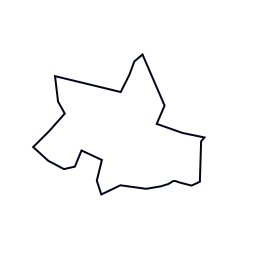 the Municipality of Sejas, rotated 120°
{"feature_id": "LVA-5777", "entity_name": "Sejas", "entity_type": "Municipality", "adm_level": 1, "iso_a3": "LVA", "parent_name": "Latvia", "parent_adm1": "", "projection": "orthographic", "projection_center": [24.56, 57.211], "detail": "fine", "context": "isolated", "style": "outline", "palette": "ink", "viewbox_px": 256, "rotation_deg": 120, "n_neighbors": 0, "source": "natural_earth", "source_scale": "10m", "svg_char_len": 521}
<svg xmlns="http://www.w3.org/2000/svg" viewBox="0 0 256 256"><g transform="rotate(120 128 128)"><path d="M138.6,38.9L146.1,44.2L149.5,56.4L150.2,60.5L151.4,62.3L156.5,65.2L162.2,70.5L171.6,81.9L181.4,105.9L198.9,117.9L189.2,128.7L168.8,134.6L170.7,157.0L188.0,154.7L195.6,162.9L196.3,180.6L191.9,200.6L170.1,194.7L147.1,190.0L140.1,201.8L119.6,217.1L100.5,152.3L81.3,153.4L67.3,155.8L57.1,152.2L90.3,107.5L110.1,105.2L105.0,78.1L98.0,57.1L103.0,58.0L138.6,38.9Z" fill="none" stroke="#020617" stroke-width="2"/></g></svg>